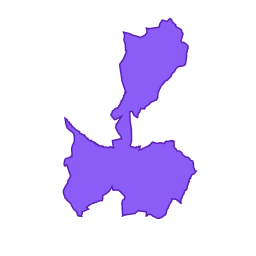 outline of Chapulco, Puebla, Mexico, rotated 345°
{"feature_id": "50627088B58837856031085", "entity_name": "Chapulco", "entity_type": "district", "adm_level": 2, "iso_a3": "MEX", "parent_name": "Mexico", "parent_adm1": "Puebla", "projection": "robinson", "projection_center": [-97.406, 18.647], "detail": "fine", "context": "isolated", "style": "filled", "palette": "violet", "viewbox_px": 256, "rotation_deg": 345, "n_neighbors": 0, "source": "geoboundaries", "source_scale": "gbopen_adm2", "svg_char_len": 5912}
<svg xmlns="http://www.w3.org/2000/svg" viewBox="0 0 256 256"><g transform="rotate(345 128 128)"><path d="M196.9,33.1L193.1,35.2L189.0,32.6L185.5,35.9L184.3,38.6L179.8,38.3L178.5,38.0L174.8,37.7L171.6,36.3L171.6,38.8L170.7,41.1L168.7,42.5L167.5,43.0L163.2,43.7L160.7,41.9L156.0,39.2L154.2,37.4L148.5,34.3L148.7,36.9L148.1,39.3L147.0,41.4L146.8,45.1L147.2,45.6L145.7,52.6L146.4,53.0L146.1,53.9L145.2,55.5L144.3,56.4L143.2,58.1L142.5,58.5L142.2,59.2L140.9,60.5L140.5,61.3L139.4,61.6L138.3,63.0L137.4,63.3L136.3,64.9L134.4,81.2L135.1,93.1L134.3,92.7L133.5,94.7L132.6,95.5L132.2,95.5L132.0,96.9L131.4,97.1L131.3,97.4L130.1,98.9L129.6,99.8L128.8,99.7L128.5,99.9L128.3,101.0L127.3,101.6L126.7,102.9L126.0,103.7L124.9,104.2L124.8,104.6L123.9,105.7L120.3,106.1L119.4,107.0L117.4,107.6L116.6,109.2L115.5,110.0L115.2,110.4L114.9,111.4L115.1,111.8L117.1,116.4L118.7,116.6L120.0,116.1L123.2,115.6L123.5,115.3L124.7,115.2L123.7,115.9L119.5,120.1L117.7,121.2L116.3,124.3L116.4,125.5L117.2,130.0L117.7,131.2L118.3,132.0L118.5,133.2L119.1,134.5L119.0,135.6L118.6,136.1L118.9,136.6L109.7,136.1L108.9,142.2L109.2,143.4L108.8,143.4L106.0,141.4L103.9,142.1L103.1,141.3L99.7,140.2L99.4,139.4L98.3,139.3L98.4,138.7L96.9,138.4L96.5,138.2L96.2,137.7L95.6,137.4L95.1,137.5L95.0,136.8L94.6,136.2L93.3,136.0L93.9,135.5L92.8,134.5L92.3,134.3L92.2,134.2L92.6,133.8L92.5,133.6L92.0,133.5L91.5,133.8L91.3,133.6L91.2,133.2L91.6,133.2L91.7,132.9L90.6,132.3L90.0,131.7L89.6,131.2L89.6,130.6L89.3,130.4L88.8,131.0L88.5,131.0L86.7,128.8L86.0,128.5L86.5,127.7L85.1,126.7L84.7,125.1L84.1,124.9L84.2,124.3L84.0,123.5L83.5,123.7L83.1,123.6L82.6,122.6L82.0,122.2L81.2,121.2L80.3,121.0L80.1,120.1L80.3,119.3L80.0,118.7L79.1,118.3L78.5,117.3L76.9,116.0L76.4,114.5L75.3,113.4L74.9,112.3L74.2,112.2L74.4,111.2L73.7,110.1L73.9,109.6L72.8,109.1L72.7,108.7L73.0,107.9L72.8,107.2L71.8,106.3L71.4,105.4L71.3,104.2L69.7,102.2L69.1,107.8L69.2,110.9L69.3,112.0L69.9,113.3L73.2,117.7L73.7,118.5L74.1,119.8L74.0,122.1L73.3,125.2L72.2,127.7L69.2,131.5L68.5,132.9L67.9,134.6L67.4,138.1L66.3,141.1L65.3,140.6L65.0,141.0L63.3,141.5L60.1,141.4L58.9,142.3L58.3,143.2L56.9,146.3L57.1,146.6L56.9,147.6L57.4,148.5L59.4,147.8L60.1,159.4L58.7,161.2L56.4,163.3L55.8,165.1L51.9,168.7L50.8,170.0L49.6,171.5L48.9,173.3L48.9,175.9L49.1,176.6L49.1,179.1L50.2,180.5L50.1,181.3L50.2,181.7L50.8,182.0L51.0,182.9L53.5,186.7L53.3,187.8L54.4,192.2L56.0,194.5L56.7,196.1L56.8,199.4L58.0,200.5L58.8,200.6L60.4,201.4L60.4,200.3L61.8,198.5L61.7,197.8L62.2,197.0L68.9,196.2L67.4,193.8L71.1,192.5L72.4,191.8L78.7,191.4L81.1,190.9L84.4,191.4L85.4,189.5L86.0,186.9L89.0,185.9L89.5,186.0L93.3,184.2L96.7,181.3L97.3,180.3L97.6,180.1L97.6,181.5L97.3,183.7L98.0,183.7L98.4,184.5L100.3,184.7L102.8,185.6L104.4,188.0L105.2,189.6L107.5,193.6L105.7,196.0L104.5,196.2L104.1,196.4L103.8,196.9L103.7,197.3L103.3,197.6L103.1,198.8L102.5,199.3L102.2,202.7L101.7,203.6L101.4,204.6L101.2,206.9L100.5,209.5L100.6,210.1L100.2,210.7L100.3,211.1L100.0,211.5L100.8,211.5L102.1,211.1L103.1,211.5L104.2,211.3L108.1,211.9L108.3,211.7L109.5,212.0L111.0,212.0L112.2,212.5L112.5,212.5L114.0,211.5L116.0,210.7L116.7,210.6L117.2,211.0L123.2,213.3L124.1,213.8L122.8,217.7L123.4,217.7L124.4,217.3L124.8,216.9L125.5,216.8L127.6,217.4L129.1,219.2L129.1,219.5L130.1,220.1L131.2,221.3L133.0,222.7L134.9,223.4L135.3,223.2L137.2,223.1L139.0,222.3L139.5,222.3L140.8,221.3L141.8,221.6L144.0,217.9L144.3,217.1L145.4,216.0L145.8,216.0L146.5,215.0L146.6,214.6L147.3,214.0L147.4,213.6L148.9,212.0L151.5,209.7L151.7,207.9L153.9,208.5L155.9,209.3L156.9,210.3L156.8,210.7L157.1,211.2L157.9,211.4L158.3,212.1L158.5,213.0L158.9,213.2L159.5,214.1L160.0,215.0L159.8,212.9L160.3,211.6L161.1,210.4L162.1,209.6L162.1,209.3L163.4,207.3L164.8,206.2L164.9,205.6L165.9,204.7L166.4,203.1L166.6,203.0L167.1,203.2L168.9,202.4L169.4,201.6L169.8,199.8L170.3,199.5L171.3,198.0L172.0,197.4L172.1,196.2L172.3,196.0L173.2,195.8L172.9,195.3L173.9,193.9L174.2,193.0L175.4,192.8L175.5,191.9L176.4,191.2L177.1,190.0L178.7,189.4L179.7,189.4L180.4,188.8L181.9,188.0L182.7,187.2L181.8,186.6L181.4,185.2L181.5,184.6L181.2,182.9L181.3,182.1L181.9,179.8L182.0,176.6L181.2,176.3L179.9,175.2L179.6,174.5L179.5,173.5L178.7,172.2L177.2,171.5L175.5,170.2L173.8,167.7L173.5,165.9L172.6,164.7L172.5,164.3L171.5,163.5L171.1,163.5L169.4,162.7L169.1,162.0L169.0,161.0L168.5,160.0L167.8,159.0L167.5,157.2L168.0,157.0L168.5,153.6L169.0,153.1L168.3,152.8L168.3,152.0L167.5,151.7L167.1,151.9L166.8,151.5L166.0,151.4L164.1,151.3L163.3,151.5L161.7,150.7L160.6,151.2L160.4,151.1L160.2,151.6L159.1,152.2L158.6,152.0L158.1,152.2L156.9,151.5L156.6,151.1L155.8,150.7L153.7,150.4L153.4,150.7L152.2,150.5L149.2,148.8L149.2,148.6L148.7,148.5L148.4,148.0L146.8,148.4L146.3,149.2L145.1,149.7L145.0,149.9L144.4,150.0L144.3,150.4L144.0,150.3L143.3,150.9L142.0,150.7L138.1,151.5L137.2,151.5L136.6,151.8L134.0,152.3L133.1,152.2L135.2,148.8L133.6,148.5L133.0,149.2L131.2,148.5L130.7,149.3L125.8,146.5L125.7,145.2L127.7,142.1L128.5,140.0L131.0,129.9L131.8,122.1L133.9,112.6L136.5,113.1L136.8,115.9L137.2,117.2L138.0,118.6L139.7,120.4L140.3,119.9L140.7,118.7L140.6,117.9L142.4,116.1L143.1,115.9L143.7,114.8L144.6,114.0L145.5,112.3L146.0,112.7L148.9,113.9L149.6,113.1L149.7,112.6L150.7,111.8L151.8,111.6L155.2,110.2L156.0,109.4L156.7,109.3L156.8,109.0L159.1,108.7L159.3,108.8L161.6,108.1L161.8,108.1L162.3,108.5L162.6,108.1L164.3,106.9L166.0,101.9L170.9,95.9L172.3,94.9L174.0,94.1L176.0,92.2L178.7,91.9L180.8,90.4L182.6,89.5L184.9,86.7L187.3,85.7L190.0,82.9L191.8,81.9L193.6,81.8L198.1,82.2L199.2,81.8L200.1,80.9L202.9,74.6L203.4,73.1L203.6,71.6L204.0,70.8L204.8,69.7L205.6,67.8L206.5,66.8L206.7,65.9L207.1,65.0L207.1,64.1L205.3,61.1L204.3,60.1L203.2,59.5L202.4,59.6L201.6,57.3L203.7,54.5L204.1,53.4L205.2,51.9L205.5,50.5L204.9,50.0L205.0,47.1L203.7,45.5L202.1,44.1L200.3,42.0L200.8,40.6L199.9,39.7L198.2,36.7L198.2,35.4L197.5,33.7L196.9,33.1Z" fill="#8b5cf6" stroke="#5b21b6" stroke-width="1.5"/></g></svg>